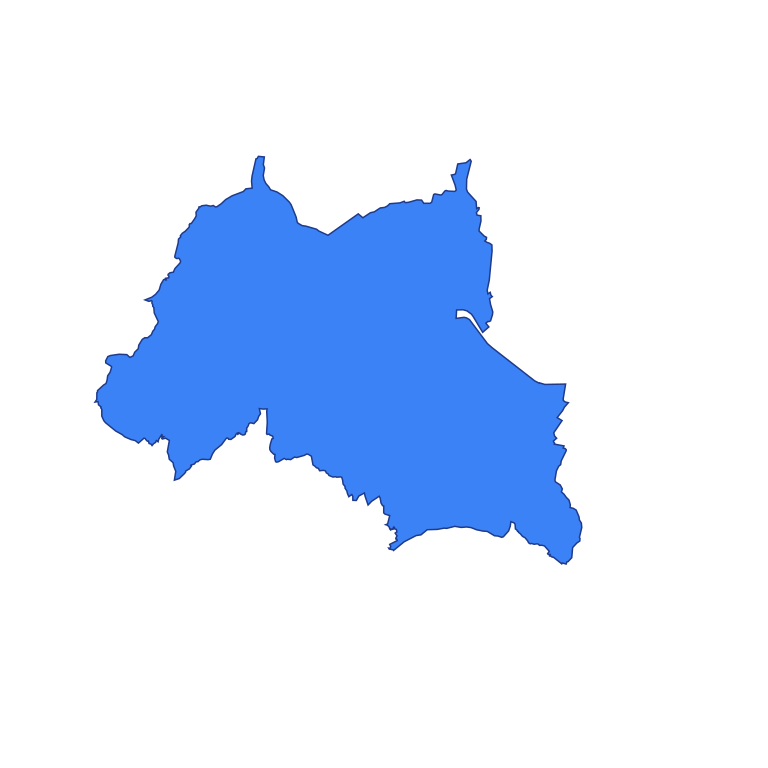 Pucioasa, Dâmbovita, Romania, rotated 134°
{"feature_id": "2599482B55662531214535", "entity_name": "Pucioasa", "entity_type": "district", "adm_level": 2, "iso_a3": "ROU", "parent_name": "Romania", "parent_adm1": "Dâmbovita", "projection": "equal_earth", "projection_center": [25.458, 45.082], "detail": "fine", "context": "isolated", "style": "filled", "palette": "blue", "viewbox_px": 768, "rotation_deg": 134, "n_neighbors": 0, "source": "geoboundaries", "source_scale": "gbopen_adm2", "svg_char_len": 6171}
<svg xmlns="http://www.w3.org/2000/svg" viewBox="0 0 768 768"><g transform="rotate(134 384 384)"><path d="M597.7,579.3L595.3,577.5L597.3,574.9L597.0,571.6L597.9,571.2L598.2,569.5L603.2,564.6L605.0,560.1L605.3,557.5L604.2,544.4L602.3,537.3L602.1,533.8L599.7,527.4L597.5,523.6L597.1,519.6L589.7,519.0L589.2,518.3L589.6,515.2L589.4,514.3L588.7,513.8L590.0,511.7L589.1,509.9L589.4,508.1L586.8,508.3L584.7,507.7L582.9,508.5L582.6,508.3L582.5,506.4L580.1,507.7L574.8,508.7L574.7,508.4L576.1,507.2L575.0,506.0L577.3,506.3L577.6,505.8L577.4,505.1L574.7,503.5L573.7,499.2L583.4,492.7L584.7,489.7L587.3,486.2L587.1,481.1L589.1,478.4L591.5,473.1L598.8,468.0L594.2,465.6L587.0,465.3L585.2,465.5L584.4,466.2L580.2,465.0L576.8,465.5L576.8,466.4L576.3,466.5L573.2,464.8L570.5,465.1L569.1,463.9L566.4,463.7L564.3,462.4L560.6,458.0L558.8,456.7L553.5,458.8L549.1,459.7L540.3,458.7L532.8,459.7L532.0,459.5L531.3,458.4L531.7,457.4L530.2,455.6L525.2,454.7L523.3,455.5L521.2,455.5L520.2,454.8L521.4,454.2L519.5,453.5L519.6,452.2L519.0,450.5L517.8,449.3L516.6,449.0L514.1,450.3L513.5,449.8L511.1,452.1L508.5,452.6L506.3,453.6L504.6,453.1L502.9,450.1L497.7,450.1L494.2,451.7L491.2,452.2L488.3,456.6L485.9,453.4L483.1,450.8L485.1,449.4L492.6,441.4L501.2,434.1L501.5,433.1L499.8,431.8L500.0,430.7L498.9,427.9L499.2,427.2L500.2,425.9L501.4,426.5L506.4,423.9L509.2,422.0L510.5,420.5L511.1,418.4L511.1,414.5L510.4,413.5L513.2,411.3L515.2,408.0L514.8,407.0L513.2,405.9L506.9,404.1L506.2,401.7L505.1,401.1L503.2,398.6L498.7,397.6L497.5,395.7L490.8,391.8L488.0,390.9L487.2,389.7L486.4,386.1L491.5,378.9L491.1,376.5L491.2,374.4L490.3,372.7L491.1,370.0L488.3,367.7L487.2,365.9L488.0,363.7L487.5,361.8L488.0,360.0L486.4,356.1L484.3,354.4L483.9,353.3L481.0,350.7L480.5,349.6L481.9,347.0L484.4,343.9L484.8,340.8L486.0,339.7L486.7,336.5L488.2,334.2L489.5,331.0L485.9,330.4L486.5,328.4L489.3,325.6L487.0,323.0L482.1,324.3L476.0,322.4L478.0,319.4L482.1,311.4L476.8,311.4L468.1,309.5L468.6,307.7L471.7,303.4L472.5,300.5L471.9,299.5L476.9,294.7L476.9,292.9L474.7,288.5L482.1,284.2L484.0,285.0L483.2,283.4L483.3,280.8L484.2,279.3L484.4,277.8L484.0,277.7L483.7,278.8L482.9,277.1L482.0,276.6L481.6,277.3L480.0,277.6L480.0,276.8L480.9,275.7L480.0,274.1L481.5,272.0L483.5,272.4L484.2,269.1L486.8,268.4L487.3,267.4L486.7,266.9L487.5,265.7L495.4,268.5L496.2,266.3L498.1,265.5L498.8,266.6L499.1,265.6L496.9,262.1L497.1,261.5L483.5,259.9L470.7,255.6L466.8,252.6L458.8,251.7L451.6,244.7L445.9,240.6L444.3,238.6L437.2,234.2L433.6,228.9L429.4,225.2L426.8,221.6L424.5,216.1L421.1,210.7L418.3,207.3L416.4,199.1L414.2,196.4L412.5,192.8L410.9,192.0L403.1,192.3L398.6,194.4L394.9,197.1L393.5,193.8L393.9,192.2L397.0,188.8L396.7,187.4L397.2,185.6L396.8,185.1L397.3,184.0L397.0,182.1L397.4,178.5L396.6,175.8L397.1,171.6L397.8,169.6L397.4,167.8L396.3,167.2L395.0,164.7L392.7,162.9L392.0,161.8L392.1,160.1L390.3,158.4L389.0,156.1L389.6,148.9L392.4,148.4L392.5,147.2L391.2,146.0L392.6,145.3L392.0,144.5L391.7,142.7L390.9,142.0L389.9,131.2L389.0,131.5L388.6,131.0L387.0,127.9L384.9,128.9L383.9,128.2L378.5,128.3L370.6,134.7L364.4,134.8L360.9,134.1L358.9,135.8L358.6,136.9L349.9,142.0L346.9,145.5L346.1,148.9L344.0,151.6L341.2,158.2L341.9,161.4L343.6,164.3L341.5,166.0L339.0,170.3L338.9,174.3L338.2,178.1L338.4,181.4L335.6,182.8L334.2,187.1L335.3,192.7L334.4,194.3L326.7,199.6L321.9,201.2L319.3,200.9L316.2,203.1L305.4,206.6L304.6,207.5L304.7,209.0L305.6,210.6L303.5,211.5L308.9,219.7L308.1,220.1L307.9,221.6L307.3,222.5L303.1,222.1L302.9,225.2L301.2,228.0L286.6,230.5L287.9,236.1L279.0,237.0L275.5,238.1L269.4,238.4L271.0,241.0L271.3,243.6L269.9,245.0L257.9,253.3L272.6,268.0L275.2,273.0L275.6,272.9L277.1,277.9L282.8,331.6L283.1,337.7L278.3,367.2L279.1,370.5L280.4,372.7L286.7,377.7L280.3,383.2L275.7,378.7L273.8,375.2L273.0,369.7L273.5,366.9L278.3,348.9L270.1,348.2L269.5,353.0L266.8,352.7L266.3,351.9L264.6,351.2L258.8,354.1L256.6,355.8L252.7,362.7L249.3,367.4L245.9,366.8L245.9,368.6L244.3,371.3L247.0,371.8L244.9,374.9L236.2,380.4L213.2,398.7L209.0,403.0L209.4,405.8L210.6,408.4L211.1,410.9L209.0,410.8L207.3,412.1L208.0,414.7L207.9,421.8L206.5,423.2L199.5,427.4L195.7,431.2L197.9,434.4L196.5,436.6L192.5,437.0L191.1,437.9L191.5,438.7L193.5,439.2L188.7,444.6L187.9,457.1L186.5,460.1L179.2,466.8L163.2,476.0L162.8,477.4L162.7,478.0L167.9,478.7L174.5,483.8L182.5,478.9L183.8,478.6L186.9,480.7L191.5,471.1L194.3,466.8L195.5,466.7L196.5,467.1L200.5,471.7L201.7,473.8L202.9,474.3L207.5,473.9L208.6,474.4L211.9,479.4L213.2,479.9L219.9,476.1L221.9,476.3L226.4,480.9L225.6,484.7L228.7,488.2L236.3,492.6L238.8,494.7L238.5,496.4L242.6,498.3L250.3,505.1L253.5,505.2L256.5,506.2L260.0,509.0L267.0,510.6L270.1,512.7L279.1,514.7L279.5,520.7L315.9,527.6L319.2,537.0L319.5,540.0L324.6,549.7L326.9,552.9L328.1,557.6L327.7,559.1L325.0,563.1L321.2,571.6L319.5,575.5L318.9,578.6L318.8,587.5L320.2,594.4L323.1,600.5L322.2,603.9L321.8,608.4L320.4,612.1L317.9,615.7L311.6,620.0L310.0,623.2L303.8,627.8L307.5,632.5L309.9,631.9L311.0,632.5L326.0,623.4L330.0,620.3L334.7,614.9L339.5,618.9L343.3,618.9L354.1,624.0L361.3,626.0L367.4,626.3L372.7,627.4L373.7,628.2L374.2,630.8L376.5,632.2L378.9,636.1L382.4,638.9L384.5,639.3L385.0,640.1L386.4,639.3L391.0,638.6L393.6,635.8L396.7,635.0L402.4,634.1L403.4,635.0L404.8,634.7L406.0,633.3L407.6,633.1L412.3,633.1L415.6,633.8L418.8,633.5L419.4,632.4L422.5,632.5L425.6,630.0L437.5,623.2L438.1,622.5L438.0,621.2L437.7,620.2L436.1,618.9L436.1,618.0L437.0,615.5L438.7,614.8L446.2,614.6L449.9,613.2L452.6,615.2L454.8,615.5L455.7,615.1L456.0,613.4L457.2,612.7L459.6,614.5L460.4,612.9L460.8,613.1L460.9,614.5L462.1,615.0L467.2,613.8L472.6,611.0L478.2,610.6L482.8,611.3L489.5,614.3L487.9,610.6L485.6,609.2L485.6,608.3L487.0,607.2L487.7,605.3L488.7,604.4L488.9,602.7L492.5,598.6L495.9,589.7L498.0,588.8L501.7,588.4L504.1,587.1L506.5,587.0L510.2,585.6L515.1,586.2L516.8,588.2L519.8,588.9L526.4,587.4L529.3,585.3L534.3,585.4L538.0,584.0L541.4,585.3L541.5,589.4L546.6,595.2L553.6,600.6L556.1,601.7L560.7,600.3L562.1,598.8L560.8,592.8L560.9,591.8L565.7,589.2L570.0,588.5L573.7,585.8L576.8,584.3L579.5,585.0L587.7,585.5L588.8,584.5L589.7,584.5L594.6,579.9L597.7,579.3Z" fill="#3b82f6" stroke="#1e3a8a" stroke-width="1.5"/></g></svg>